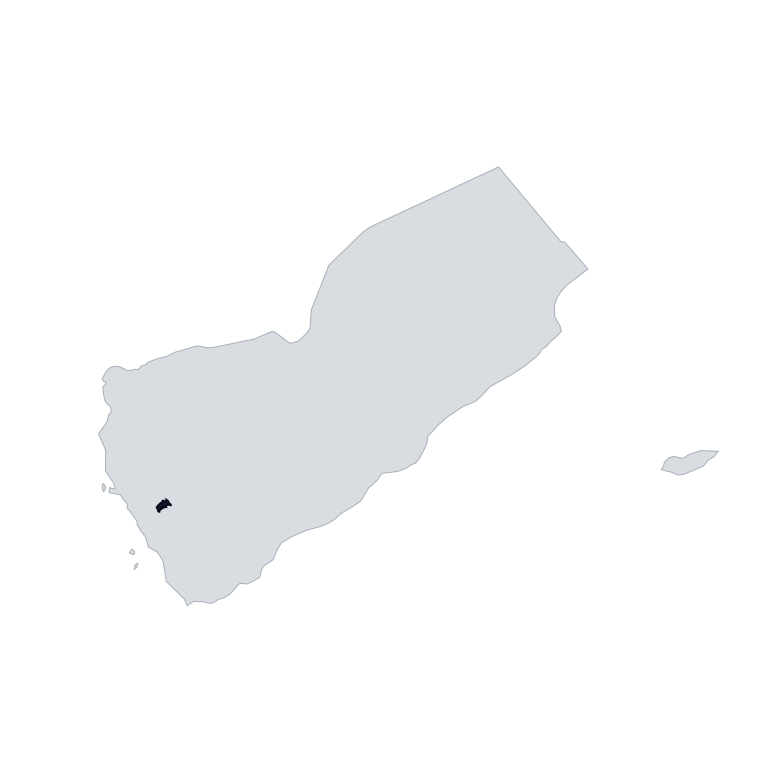 location of Al Jabin, Raymah, Yemen, rotated 343°
{"feature_id": "15242507B10739648902482", "entity_name": "Al Jabin", "entity_type": "district", "adm_level": 2, "iso_a3": "YEM", "parent_name": "Yemen", "parent_adm1": "Raymah", "projection": "mercator", "projection_center": [43.599, 14.69], "detail": "fine", "context": "in_parent", "style": "filled", "palette": "ink", "viewbox_px": 768, "rotation_deg": 343, "n_neighbors": 0, "source": "geoboundaries", "source_scale": "gbopen_adm2", "svg_char_len": 5030}
<svg xmlns="http://www.w3.org/2000/svg" viewBox="0 0 768 768"><g transform="rotate(343 384 384)"><path d="M612.6,333.7L587.3,343.0L580.6,347.1L574.6,352.2L570.0,358.6L566.9,369.8L569.3,380.1L569.0,385.5L562.5,389.2L556.4,391.8L549.6,395.8L545.5,396.7L542.1,399.9L538.2,402.1L524.1,407.9L508.7,412.3L484.2,417.7L474.8,423.4L466.1,427.4L453.1,428.6L435.1,434.0L425.1,438.4L412.7,445.6L410.0,447.8L407.8,453.1L404.0,457.6L396.5,465.1L390.9,468.9L387.2,469.1L379.9,471.2L371.3,471.6L356.9,469.0L353.2,470.8L350.1,473.7L339.0,478.8L327.7,489.0L319.4,491.7L306.0,494.9L296.6,499.1L290.3,500.8L282.2,501.7L267.2,501.2L253.0,502.8L239.8,505.6L233.7,511.0L226.6,519.6L215.1,523.2L212.4,526.2L208.8,532.6L201.3,534.2L194.6,535.2L187.7,532.5L174.7,540.1L169.7,541.4L162.3,541.7L157.0,543.3L153.2,542.8L148.4,539.8L138.3,536.2L131.0,538.6L130.3,531.4L118.1,509.3L120.7,490.1L120.7,487.4L118.2,478.8L111.0,470.9L111.2,460.9L108.7,453.8L106.8,446.5L107.4,444.5L107.6,442.7L103.8,431.4L102.6,429.1L102.1,426.7L103.4,424.9L103.3,422.8L101.3,419.3L99.3,412.7L89.3,407.5L91.3,402.7L93.3,404.4L95.9,405.8L96.4,402.7L96.5,400.3L92.3,385.6L98.5,365.9L96.4,348.1L105.8,341.0L108.2,338.8L109.5,336.9L111.8,332.8L114.8,331.5L115.8,327.2L115.8,325.1L113.8,323.3L112.3,318.3L112.8,311.9L113.3,309.3L114.3,304.5L117.6,302.7L118.4,301.2L115.8,298.2L116.1,296.4L121.7,291.2L123.9,289.7L127.5,288.1L130.3,288.1L133.6,289.0L136.5,290.5L139.3,293.1L142.3,296.0L146.9,297.2L150.0,296.9L152.5,298.2L154.7,297.5L157.1,295.9L161.0,296.0L164.5,294.3L174.5,293.5L184.1,294.0L194.2,292.5L204.2,292.7L214.3,292.8L216.5,293.0L218.7,293.9L227.3,298.4L233.7,299.4L246.7,300.6L260.6,301.9L272.6,303.1L282.8,302.0L291.3,301.1L293.6,301.3L296.1,304.1L301.2,311.1L306.0,317.7L314.4,318.0L319.8,315.5L325.8,312.1L329.4,309.4L333.6,298.6L336.3,291.7L342.5,283.9L347.8,277.3L354.7,268.6L358.5,263.8L366.0,254.3L373.2,250.6L387.2,243.5L400.8,236.4L409.7,231.9L417.2,229.8L429.9,228.0L444.8,225.8L459.7,223.7L475.6,221.5L493.3,219.0L505.4,217.2L520.9,215.0L533.8,213.2L545.2,211.6L557.0,209.9L559.2,215.2L561.4,220.5L563.7,225.8L565.9,231.1L568.1,236.4L570.3,241.6L572.5,246.9L574.8,252.2L577.0,257.5L579.2,262.8L581.4,268.0L583.7,273.3L585.9,278.6L588.1,283.8L590.3,289.1L592.5,294.3L594.7,299.5L598.3,301.2L600.4,306.0L603.5,312.9L606.5,319.8L609.6,326.8L612.6,333.7ZM646.6,541.8L649.7,542.4L654.4,540.6L667.9,540.4L684.1,546.1L681.1,547.6L679.2,549.7L672.1,551.5L665.0,556.0L644.4,558.1L638.3,556.9L633.4,552.6L624.2,547.1L627.8,543.6L628.6,541.9L629.9,540.4L635.1,537.7L640.3,538.1L646.6,541.8ZM95.8,472.9L95.2,474.0L94.3,473.8L91.1,471.1L94.6,468.0L96.4,470.8L95.8,472.9ZM85.9,403.9L84.4,405.0L83.9,403.0L84.9,398.5L86.5,397.1L87.7,400.5L87.0,402.4L85.9,403.9ZM94.2,486.8L90.9,488.3L93.2,484.2L95.5,483.4L96.2,483.6L94.2,486.8Z" fill="#d9dde1" stroke="#a8b0b8" stroke-width="1"/><path d="M130.4,435.4L130.5,435.6L130.5,435.8L130.4,435.9L130.4,436.1L130.5,436.2L130.5,436.3L130.5,436.7L130.6,436.9L130.7,437.2L130.8,437.6L130.8,437.8L130.8,438.2L130.8,438.6L130.6,439.1L130.6,439.4L130.6,439.5L130.8,439.7L130.8,439.8L130.9,440.0L131.0,440.1L131.1,440.3L131.2,440.5L131.3,440.5L131.5,440.6L131.9,440.7L132.1,440.7L132.2,440.3L132.2,440.2L132.2,439.9L132.3,439.5L132.3,439.4L132.5,438.9L133.0,438.9L133.4,438.9L133.7,439.0L133.8,439.0L134.0,439.0L134.2,438.9L134.2,438.6L134.1,438.4L134.0,438.1L134.0,437.9L134.3,437.7L134.5,437.7L134.5,437.8L134.7,438.0L134.9,438.1L135.0,438.2L135.1,438.3L135.3,438.4L135.5,438.3L135.7,438.2L135.9,438.0L135.9,437.9L136.0,437.9L135.8,437.6L135.7,437.6L135.4,437.4L135.3,437.1L135.4,436.9L135.5,436.8L135.8,436.9L136.0,436.9L136.2,437.0L136.3,437.1L136.4,437.3L136.4,437.6L136.6,437.6L136.8,437.7L136.8,437.8L137.0,438.0L137.3,438.1L137.5,438.1L137.8,438.1L138.0,438.1L138.3,437.8L138.4,437.7L138.6,437.7L138.8,437.7L138.9,437.8L139.1,437.8L139.2,437.7L139.4,437.8L139.5,437.9L139.8,438.1L140.0,438.2L140.0,437.8L139.6,436.7L140.1,436.7L140.5,436.6L140.8,436.6L141.2,436.6L141.4,436.6L141.8,436.5L142.0,436.5L142.3,436.5L142.5,436.6L142.8,436.7L143.1,436.8L143.3,437.0L143.8,437.2L144.2,437.5L144.3,437.7L144.5,437.8L145.0,437.7L145.0,437.3L145.0,437.2L144.5,436.0L144.4,435.6L144.2,435.5L143.9,435.5L143.7,435.3L143.7,435.1L143.7,434.9L143.7,434.7L143.7,434.4L143.7,434.2L143.6,433.8L143.5,433.3L143.4,433.2L143.4,432.9L143.3,432.4L143.2,432.4L143.1,432.2L142.5,431.3L142.0,430.7L142.0,430.8L141.4,431.6L141.2,431.9L141.0,432.1L140.9,432.1L140.7,432.1L140.4,432.2L140.2,432.0L139.9,431.8L139.8,431.7L139.5,431.4L138.6,430.8L138.6,430.7L138.1,430.7L137.9,431.1L137.7,431.1L137.6,431.5L137.4,431.8L137.3,432.0L137.2,432.0L136.7,432.3L136.3,432.3L136.2,432.3L135.8,432.3L135.7,432.4L135.4,432.5L135.2,432.5L134.7,432.6L134.5,432.8L134.4,432.8L134.4,433.1L134.4,433.5L134.2,433.6L133.8,433.6L133.6,433.7L133.2,433.7L132.9,433.7L132.7,433.7L132.4,433.7L132.3,433.8L132.3,434.0L132.2,434.3L131.6,434.6L131.3,434.7L131.1,434.8L130.9,434.9L130.7,435.2L130.6,435.3L130.4,435.3L130.4,435.4Z" fill="#0f172a" stroke="#020617" stroke-width="1.5"/></g></svg>